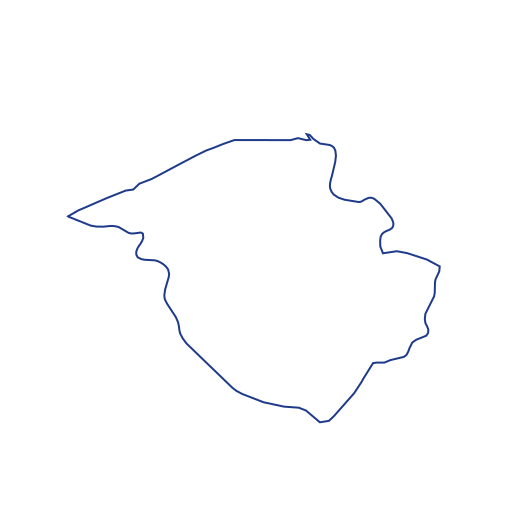 an SVG outline of Mahaica-Berbice, rotated 293°
{"feature_id": "GUY-679", "entity_name": "Mahaica-Berbice", "entity_type": "Region", "adm_level": 1, "iso_a3": "GUY", "parent_name": "Guyana", "parent_adm1": "", "projection": "albers", "projection_center": [-57.805, 6.276], "detail": "fine", "context": "isolated", "style": "outline", "palette": "blue", "viewbox_px": 512, "rotation_deg": 293, "n_neighbors": 0, "source": "natural_earth", "source_scale": "10m", "svg_char_len": 1862}
<svg xmlns="http://www.w3.org/2000/svg" viewBox="0 0 512 512"><g transform="rotate(293 256 256)"><path d="M219.1,67.5L228.5,74.6L251.6,96.6L265.3,110.5L269.2,117.0L277.0,120.4L286.4,130.1L311.0,150.0L324.6,161.1L333.6,168.9L339.4,175.1L345.9,181.6L354.3,190.8L363.2,211.9L376.2,242.6L380.9,248.6L382.3,257.1L384.2,260.5L387.9,255.2L388.4,258.2L386.2,263.1L384.5,271.0L386.9,280.1L387.0,282.6L386.2,285.4L384.1,287.8L379.6,290.4L373.4,292.2L358.8,294.7L356.2,294.9L351.4,295.9L349.1,296.8L346.9,298.1L344.5,300.7L342.9,303.6L341.9,309.1L342.4,315.5L345.8,329.4L346.8,331.2L348.4,332.6L350.2,333.8L353.3,336.7L354.4,338.5L354.9,340.6L354.7,343.1L352.6,350.0L343.7,366.0L341.5,368.3L339.6,369.8L337.4,370.5L335.0,370.4L332.5,368.8L329.2,365.6L327.5,364.4L325.4,363.4L322.4,363.2L318.6,364.3L313.3,366.7L308.1,371.8L315.4,383.7L317.7,394.0L319.5,414.6L318.2,429.2L313.4,430.7L304.6,430.4L301.6,431.1L291.7,435.0L288.3,435.7L269.0,434.5L264.0,436.0L260.4,438.2L258.1,441.0L255.6,443.4L252.4,444.5L249.1,443.8L241.5,436.2L237.5,433.7L231.5,433.3L227.4,433.5L223.7,433.2L220.9,431.5L212.7,420.4L208.0,415.8L205.0,408.6L203.1,405.6L184.9,402.7L181.5,402.4L167.9,399.9L138.8,390.2L132.7,387.5L127.9,379.8L133.3,362.3L133.1,354.7L128.3,340.7L124.3,320.0L123.6,297.3L124.2,290.7L125.5,285.7L148.2,226.5L151.4,220.9L155.0,216.5L158.0,214.3L160.9,212.7L164.6,210.1L168.4,206.1L177.4,192.7L180.3,189.2L182.2,187.9L184.2,186.9L189.9,185.4L202.6,183.9L205.7,183.0L209.3,180.3L211.1,177.2L212.2,173.9L212.7,170.8L212.9,167.7L212.5,164.6L209.0,154.9L208.3,151.6L208.6,147.6L210.6,145.2L213.2,144.1L216.3,143.9L219.2,144.2L222.1,144.9L225.4,145.3L228.6,145.2L232.4,143.1L232.6,140.8L229.4,135.4L228.0,132.5L227.5,129.6L229.0,118.2L228.3,114.4L227.0,110.7L223.3,103.9L220.8,97.8L219.4,92.0L218.9,68.2L219.1,67.5L219.1,67.5Z" fill="none" stroke="#1e3a8a" stroke-width="2"/></g></svg>